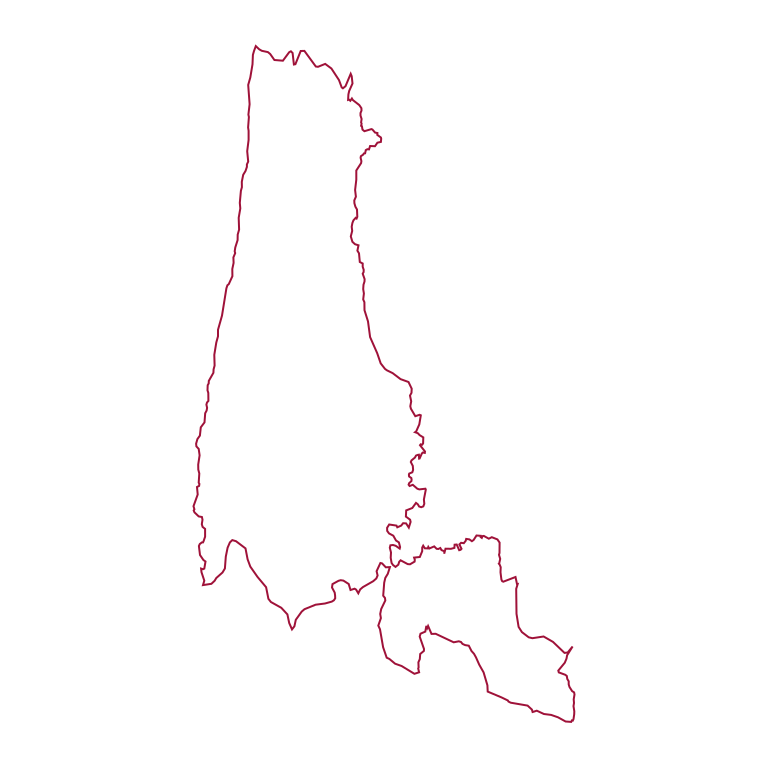 Kigoma, Kigoma, United Republic of Tanzania
{"feature_id": "72390352B30674118715659", "entity_name": "Kigoma", "entity_type": "district", "adm_level": 2, "iso_a3": "TZA", "parent_name": "United Republic of Tanzania", "parent_adm1": "Kigoma", "projection": "equal_earth", "projection_center": [29.769, -4.701], "detail": "fine", "context": "isolated", "style": "outline", "palette": "rose", "viewbox_px": 768, "rotation_deg": 0, "n_neighbors": 0, "source": "geoboundaries", "source_scale": "gbopen_adm2", "svg_char_len": 6067}
<svg xmlns="http://www.w3.org/2000/svg" viewBox="0 0 768 768"><path d="M350.7,73.8L345.5,86.2L342.9,88.3L341.7,87.4L339.0,80.1L331.4,68.5L325.2,63.9L318.0,66.8L315.8,66.5L304.4,50.9L300.7,51.0L295.4,64.2L293.9,64.5L292.6,53.0L290.9,51.3L289.2,52.2L282.9,60.7L274.4,60.0L270.2,54.0L267.9,52.1L261.8,50.8L259.2,49.3L255.8,46.1L254.0,51.0L252.9,54.9L252.5,64.3L250.3,77.5L248.2,84.9L249.6,104.2L248.4,114.6L248.9,117.0L248.1,127.5L248.6,130.8L248.6,139.9L247.2,151.2L248.2,161.6L246.9,164.4L246.9,166.9L245.5,171.0L243.2,174.8L241.8,181.8L241.9,187.2L240.9,190.8L239.8,202.9L240.3,208.4L238.7,217.8L239.1,229.6L237.7,234.6L237.6,240.1L235.3,247.4L234.7,251.3L235.2,253.1L233.4,257.4L233.6,262.9L232.3,269.0L232.4,276.2L228.8,284.1L227.4,285.3L226.4,288.3L222.0,315.6L218.0,329.8L218.0,336.3L216.3,342.5L214.3,354.8L214.6,365.6L213.6,369.3L213.4,372.8L208.8,380.9L208.7,383.4L207.7,385.2L207.5,390.3L208.3,392.9L208.4,400.9L207.0,402.5L206.4,404.6L207.1,407.8L206.6,410.6L205.2,413.2L204.5,422.4L200.8,427.3L199.9,435.6L197.4,439.1L196.1,443.7L196.4,446.4L198.7,448.9L199.6,455.3L198.2,464.6L198.3,469.6L199.3,473.5L198.7,482.7L199.4,483.9L199.1,485.9L197.0,487.0L197.7,494.5L193.5,506.2L194.4,509.3L193.7,510.5L194.5,512.4L198.7,516.4L201.9,517.0L202.5,519.7L201.8,524.2L202.6,526.9L205.1,528.9L205.1,536.7L203.6,541.1L203.0,542.4L201.9,542.4L199.8,544.0L198.9,546.0L200.0,555.0L203.4,560.0L205.5,561.5L204.3,568.6L203.0,569.2L201.1,568.6L201.5,572.2L204.3,580.7L203.0,585.1L211.4,583.8L214.6,580.8L216.3,578.0L222.5,572.5L224.9,568.5L225.8,556.6L227.6,547.7L229.9,542.4L232.3,540.1L236.0,541.2L245.5,548.4L247.6,559.3L250.3,566.6L257.5,576.9L266.1,587.2L268.4,598.8L270.9,602.0L281.3,607.8L287.4,614.4L289.2,623.0L292.0,629.4L294.4,626.3L295.8,619.8L301.7,611.6L304.5,609.2L315.6,604.7L325.0,603.5L331.8,601.6L333.9,600.3L335.2,598.3L335.1,595.6L334.7,592.6L332.0,587.5L332.5,584.1L338.5,580.8L340.7,580.2L343.4,580.6L348.7,584.0L350.5,590.0L354.6,588.7L356.1,589.6L358.3,593.3L360.2,589.4L362.9,587.1L373.2,581.2L376.3,578.5L377.6,575.5L376.6,571.2L380.4,563.0L382.1,563.4L385.8,567.3L389.9,567.1L387.8,573.8L385.3,577.9L384.2,582.7L383.2,595.7L385.0,598.0L385.3,600.5L381.2,609.0L380.2,614.0L380.9,618.1L378.3,625.6L380.0,629.3L383.1,647.2L386.7,657.7L389.3,658.9L395.1,663.7L401.6,666.0L414.4,673.8L419.1,672.3L418.2,668.5L418.6,667.4L418.4,662.3L419.8,659.1L420.2,654.0L423.9,650.9L424.0,649.0L419.7,636.6L420.5,633.7L425.3,631.6L426.2,626.7L426.9,626.7L427.3,627.9L428.1,626.0L431.5,633.9L435.7,633.8L453.7,642.3L458.8,641.3L461.0,642.0L462.5,643.9L465.1,645.1L468.8,645.7L471.5,651.0L474.0,653.8L476.0,657.4L479.2,664.6L483.6,672.4L487.4,685.3L487.7,691.6L501.5,697.4L507.9,700.5L508.4,701.5L510.7,702.7L527.6,705.6L531.9,709.6L532.6,712.0L536.8,710.7L543.9,714.0L551.1,714.9L558.0,717.3L565.6,721.5L571.2,721.9L571.9,720.4L572.8,720.6L573.5,719.1L574.2,714.3L574.3,711.3L573.5,706.1L574.0,703.0L573.7,699.3L574.5,694.5L574.1,692.4L572.1,691.1L569.5,687.0L568.7,684.4L568.7,681.3L567.3,679.0L566.8,676.0L565.3,674.8L558.8,672.4L558.3,670.6L564.8,662.7L566.5,658.6L567.1,655.3L572.6,646.5L567.7,652.5L564.5,652.9L553.0,641.9L543.6,636.5L532.4,638.2L528.7,637.3L521.9,632.1L518.6,626.9L516.5,613.8L516.2,588.8L517.6,584.3L517.1,584.5L515.5,577.0L503.3,581.7L502.2,581.2L501.4,579.5L500.5,572.3L500.7,567.2L499.2,563.5L498.1,564.3L499.2,563.5L500.2,558.9L499.0,554.8L499.5,553.0L499.6,542.6L497.4,539.4L491.8,537.2L488.8,538.7L483.8,535.9L482.6,536.1L481.8,537.9L480.6,537.0L480.7,535.8L476.5,535.5L473.6,540.0L471.9,541.2L469.4,539.4L466.2,538.9L465.7,540.8L463.8,543.2L461.1,542.8L459.4,544.4L461.5,548.8L460.6,549.8L459.2,550.2L456.7,544.5L454.6,544.7L454.4,547.9L451.0,548.8L445.5,548.7L444.2,553.7L444.4,551.3L441.5,550.1L440.3,548.0L438.3,549.0L436.6,548.8L434.2,546.4L429.3,548.5L428.3,546.9L427.7,548.4L424.8,548.3L423.2,545.7L422.2,547.6L422.2,551.2L419.8,557.0L414.1,557.6L414.8,559.7L414.6,561.6L410.0,564.3L407.7,564.1L400.6,560.3L399.2,561.8L398.3,564.7L395.5,566.9L393.0,565.0L391.6,563.0L390.7,557.8L391.0,552.5L389.8,547.7L390.4,545.3L393.0,545.0L395.7,545.8L399.7,548.6L400.1,547.1L398.9,542.4L396.0,540.5L393.3,535.7L389.0,533.4L387.2,530.9L387.1,527.8L389.2,524.5L396.5,525.6L397.3,527.3L401.2,525.6L403.1,523.2L406.1,523.4L408.8,527.6L410.6,521.9L410.1,519.7L405.9,516.6L406.2,510.4L412.3,508.0L416.0,502.9L417.8,504.3L419.1,506.5L421.2,507.2L423.3,506.4L424.3,503.8L423.9,499.5L425.8,489.6L425.4,488.7L419.3,489.4L417.3,488.7L412.8,484.8L409.6,486.0L408.6,484.7L409.1,483.2L411.4,481.1L411.6,479.5L411.3,478.0L409.1,476.5L408.9,474.8L409.2,473.6L412.3,472.3L413.1,469.9L412.8,465.9L410.8,462.0L411.5,460.4L414.9,457.6L416.0,455.6L417.7,454.9L418.9,454.7L419.1,458.6L419.6,458.5L421.9,453.4L422.9,452.5L424.8,452.9L425.0,451.5L420.0,445.2L420.7,444.3L422.2,444.7L423.1,443.4L423.3,437.4L419.6,435.1L417.8,433.2L415.1,432.2L416.2,431.4L419.3,424.4L420.8,415.3L419.6,414.8L415.3,416.2L410.9,408.7L410.3,406.2L411.2,401.3L410.0,395.6L411.5,392.8L411.7,388.7L408.5,382.0L400.5,379.1L392.6,373.1L386.9,370.3L385.0,368.9L380.7,363.4L377.2,353.2L370.1,337.1L368.0,321.4L364.5,310.2L364.4,302.2L363.2,299.4L363.9,293.5L363.2,289.1L363.5,284.7L364.5,281.5L364.6,279.1L362.7,273.7L363.6,272.1L363.7,269.8L362.7,266.8L362.7,263.5L359.8,262.0L359.0,253.3L357.4,250.7L358.5,245.3L355.0,244.2L352.4,241.8L350.8,236.4L352.2,230.9L351.7,226.7L352.4,223.0L353.4,220.4L355.7,217.8L356.6,218.5L357.3,216.8L357.0,209.5L355.4,206.7L354.4,203.2L354.3,200.4L355.9,196.7L355.1,190.0L356.3,179.7L356.3,170.5L361.1,163.1L361.4,161.1L360.6,157.8L360.9,156.2L363.2,154.6L363.8,153.5L365.1,153.3L365.8,150.1L367.4,149.2L369.0,149.4L370.1,146.0L375.0,146.2L377.4,142.7L380.9,141.9L381.2,138.7L380.9,137.5L377.3,134.9L377.4,133.0L375.1,132.6L372.4,129.5L371.4,129.1L364.4,131.2L362.5,129.6L361.9,126.2L361.1,125.8L361.6,123.7L361.1,122.4L361.6,119.0L360.5,115.5L360.5,113.0L361.5,110.6L361.4,108.2L359.3,105.1L352.8,100.0L351.9,98.5L350.3,100.8L349.0,99.6L348.1,99.9L348.4,94.4L349.2,90.9L352.5,83.5L351.7,76.2L350.7,73.8Z" fill="none" stroke="#9f1239" stroke-width="2"/></svg>